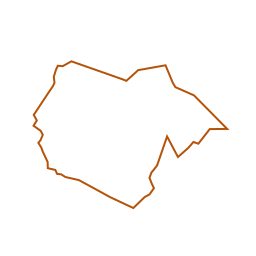 outline of José da Penha, Rio Grande do Norte, Brazil, rotated 292°
{"feature_id": "56859067B70747507045438", "entity_name": "José da Penha", "entity_type": "district", "adm_level": 2, "iso_a3": "BRA", "parent_name": "Brazil", "parent_adm1": "Rio Grande do Norte", "projection": "mercator", "projection_center": [-38.291, -6.348], "detail": "fine", "context": "isolated", "style": "outline", "palette": "amber", "viewbox_px": 256, "rotation_deg": 292, "n_neighbors": 0, "source": "geoboundaries", "source_scale": "gbopen_adm2", "svg_char_len": 728}
<svg xmlns="http://www.w3.org/2000/svg" viewBox="0 0 256 256"><g transform="rotate(292 128 128)"><path d="M168.6,50.5L160.9,44.3L159.4,39.6L155.0,39.4L147.8,40.0L142.4,42.9L138.5,42.7L131.8,41.2L104.8,35.7L100.9,40.6L94.7,39.6L92.7,48.1L89.8,51.5L84.2,51.5L80.6,50.5L77.5,54.8L73.9,58.1L71.1,61.2L66.4,66.2L60.7,68.7L61.9,76.3L58.9,79.5L60.0,83.4L59.1,88.3L61.3,101.9L58.4,127.2L57.2,137.1L55.8,162.9L70.2,169.3L74.4,172.8L81.9,174.6L84.9,171.3L89.8,166.6L95.5,166.4L99.5,167.7L104.2,169.0L134.8,167.4L119.8,185.2L132.3,191.4L139.5,193.9L139.8,199.1L157.6,204.2L164.3,220.3L183.0,176.9L183.6,156.7L186.5,152.8L200.2,139.3L185.5,115.8L171.1,108.8L171.1,104.8L168.6,50.5Z" fill="none" stroke="#b45309" stroke-width="2"/></g></svg>